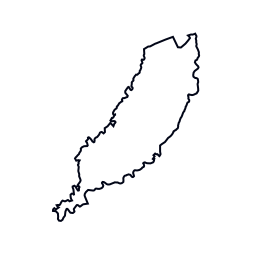 outline of 9 de julio, San Juan, Argentina, rotated 43°
{"feature_id": "61730980B85841660882492", "entity_name": "9 de julio", "entity_type": "district", "adm_level": 2, "iso_a3": "ARG", "parent_name": "Argentina", "parent_adm1": "San Juan", "projection": "albers", "projection_center": [-68.388, -31.661], "detail": "fine", "context": "isolated", "style": "outline", "palette": "ink", "viewbox_px": 256, "rotation_deg": 43, "n_neighbors": 0, "source": "geoboundaries", "source_scale": "gbopen_adm2", "svg_char_len": 5932}
<svg xmlns="http://www.w3.org/2000/svg" viewBox="0 0 256 256"><g transform="rotate(43 128 128)"><path d="M162.4,157.4L161.7,156.1L161.6,155.2L161.6,154.6L161.9,154.1L162.7,153.6L163.8,152.6L164.3,151.9L165.1,150.6L165.6,148.3L165.5,147.8L165.5,146.8L165.9,146.1L166.0,145.6L165.8,145.0L165.5,144.6L164.6,144.0L163.9,143.4L163.3,143.5L163.1,143.1L163.2,142.6L163.5,142.0L163.8,141.6L165.4,141.1L166.4,140.4L168.5,138.6L169.0,137.7L169.8,135.9L169.7,135.3L169.3,134.1L168.8,133.6L167.3,133.7L167.3,133.3L168.1,133.2L168.2,132.6L167.1,132.6L166.8,130.6L165.2,130.5L165.3,128.2L166.5,127.9L166.9,127.7L167.2,127.4L167.4,127.1L170.1,127.2L170.1,126.8L169.8,125.3L169.5,124.8L168.9,124.4L167.5,123.3L163.4,118.9L163.7,116.8L164.6,113.1L164.5,111.8L164.4,110.6L164.1,108.0L164.6,105.5L164.7,103.9L164.5,102.0L164.0,100.0L163.7,99.7L163.6,99.1L164.0,98.3L164.0,97.4L164.4,96.8L164.4,96.2L164.3,95.7L164.6,94.6L164.5,94.1L163.7,92.7L162.9,92.0L162.3,90.8L161.6,89.7L161.3,88.2L160.6,86.9L159.9,85.3L159.7,84.7L159.7,84.0L159.1,82.0L158.7,81.2L157.8,79.0L157.6,77.0L157.2,76.6L156.9,75.4L156.2,73.8L155.6,73.0L155.6,72.4L155.4,71.7L154.5,69.7L154.2,68.8L154.5,67.9L154.7,67.5L154.6,66.9L154.0,66.1L153.7,65.8L153.2,65.6L152.5,65.5L152.1,65.3L151.7,64.9L151.4,64.4L151.0,64.0L150.3,63.7L149.7,63.2L149.5,62.7L149.6,61.9L149.9,61.7L150.5,61.6L151.3,60.9L152.2,60.4L152.5,60.1L152.9,59.6L153.3,58.9L153.9,57.5L154.0,57.0L154.2,56.6L154.5,56.2L154.6,55.7L154.2,54.6L154.3,54.1L153.9,52.8L152.3,51.2L148.9,48.4L148.0,46.5L146.6,45.3L145.4,44.5L144.7,44.6L143.7,45.0L143.2,45.5L142.3,45.7L140.8,45.8L139.6,44.8L138.2,42.7L137.9,40.8L138.6,36.9L138.5,36.3L138.2,35.5L137.1,35.0L135.8,35.0L133.7,34.8L132.1,34.3L131.3,32.6L131.7,31.6L131.9,31.2L131.7,30.3L131.3,29.7L131.1,28.4L131.0,27.4L130.8,26.9L130.4,26.3L129.2,25.6L128.7,24.8L128.1,24.2L125.5,22.9L122.5,21.8L122.0,21.5L121.5,20.5L121.0,19.8L119.5,18.9L118.3,17.5L116.7,16.5L115.9,14.8L115.4,14.1L112.8,13.2L112.5,14.0L111.5,15.7L111.1,16.0L110.3,16.7L108.8,19.4L109.8,19.4L111.1,19.6L111.5,19.7L112.0,20.0L112.3,23.1L112.5,27.1L111.9,32.3L111.8,33.0L111.5,33.3L109.4,34.9L98.7,30.7L95.1,37.8L90.8,47.1L90.5,47.5L88.5,53.3L87.9,53.9L87.3,54.6L87.2,54.7L85.9,59.4L89.5,62.8L89.7,63.6L90.2,64.4L92.0,65.2L92.5,65.5L93.0,66.8L92.9,67.5L92.2,67.9L91.5,68.5L91.7,69.2L93.1,70.0L93.8,70.3L94.2,70.6L94.3,71.2L94.3,71.6L94.1,72.1L94.4,73.4L94.7,73.7L96.0,74.3L96.6,74.9L97.5,77.1L97.7,78.4L98.4,79.0L98.7,79.6L98.8,80.1L98.5,80.8L98.5,82.0L98.5,82.6L98.0,83.1L97.5,83.5L97.6,84.1L97.6,85.5L98.2,88.2L98.6,88.7L99.3,89.2L99.6,89.6L99.6,90.2L99.5,91.0L99.6,91.9L99.9,92.4L100.5,92.9L101.0,93.6L101.9,95.0L102.3,95.3L103.3,95.3L104.0,95.5L104.3,95.8L104.5,96.2L104.7,96.7L104.7,97.3L104.5,98.1L104.0,98.3L103.6,98.3L101.4,97.7L100.5,97.5L100.1,98.4L100.3,99.1L100.4,100.2L100.6,101.5L100.8,102.8L101.1,103.2L102.0,104.1L105.8,104.6L106.3,105.5L106.3,105.9L105.9,106.6L105.0,108.6L104.7,108.8L104.2,109.4L103.9,109.7L103.9,110.2L104.2,111.4L104.5,111.6L105.3,112.0L105.6,112.4L105.2,113.2L104.9,115.2L104.7,115.8L105.3,118.5L105.2,119.6L105.4,120.3L105.9,120.7L106.2,121.4L105.8,123.4L105.8,124.0L106.4,126.5L106.8,127.3L107.5,127.8L108.0,128.1L108.9,127.8L109.0,127.4L109.3,126.9L109.6,127.2L109.4,128.2L109.9,129.6L110.0,130.6L109.8,131.8L109.4,131.9L110.1,134.5L111.5,134.2L112.4,133.1L113.2,132.3L114.0,132.0L114.4,132.0L115.0,132.4L115.1,133.0L115.1,133.6L115.1,134.2L116.1,136.6L111.6,136.3L111.9,140.7L111.1,144.0L113.9,146.7L113.8,148.6L111.5,148.8L110.8,149.9L110.7,150.6L111.4,152.5L111.6,155.4L111.4,156.2L111.1,156.7L110.9,157.7L111.0,158.4L111.2,159.1L111.4,159.4L112.2,160.0L112.9,161.2L112.7,161.8L111.1,162.1L109.7,161.7L107.7,161.4L105.8,161.5L105.4,161.8L105.3,162.4L105.9,162.9L106.3,163.2L106.4,163.8L106.4,164.2L106.3,166.3L107.0,166.6L107.7,166.6L108.4,166.9L110.4,168.2L110.5,169.0L108.3,171.3L107.5,173.4L107.5,174.5L107.5,175.2L108.6,176.2L109.2,177.4L109.3,179.1L109.9,180.4L109.8,182.8L109.9,183.4L109.9,184.0L109.8,185.1L110.0,186.4L112.4,187.2L113.6,185.4L114.7,184.7L115.2,186.8L115.4,187.1L116.2,187.7L116.4,188.1L116.4,188.9L116.6,189.2L118.3,189.9L118.7,190.3L120.8,193.1L121.5,193.7L123.3,194.7L123.9,195.1L124.8,196.2L125.3,196.7L127.7,197.8L128.6,198.3L129.1,198.7L129.6,199.8L130.1,203.8L130.6,205.2L131.5,204.1L132.8,204.3L133.1,205.3L134.6,207.1L134.3,207.7L134.0,207.9L129.5,206.7L128.9,206.7L128.1,206.8L127.4,208.5L127.9,209.1L128.6,209.5L129.9,210.1L134.4,213.9L132.9,213.5L132.6,213.5L131.6,214.4L131.5,216.0L133.1,217.6L134.8,218.7L136.5,219.2L135.2,221.5L133.5,221.5L133.1,221.7L132.1,224.4L131.8,224.7L129.7,225.7L129.6,226.1L129.7,227.5L130.4,229.9L130.5,230.2L130.4,231.2L129.2,232.1L128.5,233.1L130.3,233.6L131.5,233.4L130.8,236.6L130.4,236.8L128.8,236.9L128.7,237.9L128.9,238.8L129.7,239.8L131.9,238.1L134.1,238.2L135.0,238.3L137.4,240.5L138.8,242.3L140.7,242.8L142.3,241.7L142.7,239.8L141.9,237.4L141.8,235.8L141.6,235.0L139.3,231.9L139.0,231.2L138.3,229.1L138.5,228.7L139.1,228.5L139.5,228.5L143.2,229.2L143.7,229.2L145.5,227.9L145.7,227.6L145.9,226.0L145.8,225.6L143.9,224.5L143.6,224.1L143.1,219.4L143.3,219.0L144.3,218.5L146.3,218.4L146.6,218.0L147.1,214.9L147.4,214.2L150.2,210.7L143.2,207.5L142.1,206.8L141.3,205.5L140.9,203.5L141.1,200.5L145.2,197.5L145.7,196.8L145.8,196.1L145.7,195.4L145.7,194.5L146.3,193.8L147.4,193.1L148.7,191.9L149.7,190.0L149.8,188.7L149.7,187.9L149.1,186.9L147.3,186.2L146.6,186.1L146.3,185.8L146.2,184.8L146.9,184.2L147.6,183.9L149.0,183.7L150.6,183.6L151.9,183.0L153.1,181.7L154.7,178.3L155.1,177.6L155.2,177.0L157.7,174.8L158.4,174.7L160.0,174.0L160.3,173.7L161.0,172.7L161.2,172.0L161.4,170.7L161.0,170.1L160.2,169.2L159.1,168.2L158.5,167.3L158.2,166.0L158.2,165.2L158.5,164.6L158.9,164.2L159.1,163.3L159.7,162.3L160.0,161.6L160.5,161.3L161.6,160.7L162.3,160.7L163.0,160.9L163.9,161.0L164.5,160.9L165.0,160.6L165.2,160.1L165.2,159.1L164.6,158.7L162.4,157.4Z" fill="none" stroke="#020617" stroke-width="2"/></g></svg>